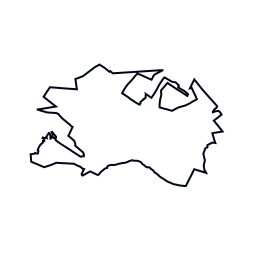 Osumacinta, Chiapas, Mexico, rotated 296°
{"feature_id": "50627088B17326140216089", "entity_name": "Osumacinta", "entity_type": "district", "adm_level": 2, "iso_a3": "MEX", "parent_name": "Mexico", "parent_adm1": "Chiapas", "projection": "equal_earth", "projection_center": [-93.085, 16.896], "detail": "fine", "context": "isolated", "style": "outline", "palette": "ink", "viewbox_px": 256, "rotation_deg": 296, "n_neighbors": 0, "source": "geoboundaries", "source_scale": "gbopen_adm2", "svg_char_len": 4971}
<svg xmlns="http://www.w3.org/2000/svg" viewBox="0 0 256 256"><g transform="rotate(296 128 128)"><path d="M195.5,134.2L170.5,90.4L171.3,87.2L170.4,86.7L171.8,80.4L172.5,74.6L168.1,71.5L155.0,64.9L152.6,62.7L149.7,60.0L149.0,59.2L144.2,62.5L142.2,63.8L140.4,65.1L138.5,60.4L137.0,56.6L135.7,53.4L134.1,49.3L132.1,44.2L130.4,40.0L127.1,39.5L123.3,39.0L119.0,38.5L118.4,41.4L116.8,48.6L115.7,53.8L109.5,45.1L106.8,41.2L105.4,39.1L104.6,38.1L104.9,39.2L105.1,40.1L105.3,41.2L105.4,42.3L105.6,43.1L105.7,43.9L106.0,45.3L106.2,46.7L106.7,49.0L107.9,51.9L108.4,52.9L109.2,55.1L109.9,56.8L110.1,58.2L110.1,59.0L109.2,61.2L108.5,63.0L107.6,65.4L106.9,68.6L106.7,69.3L106.3,70.6L105.9,72.8L105.3,74.8L104.8,76.2L104.7,77.7L100.4,77.8L99.0,77.8L98.4,77.8L96.7,77.9L94.8,77.8L94.7,78.3L94.6,78.5L94.1,81.1L93.0,84.9L92.9,85.3L91.2,87.2L90.3,87.8L89.0,88.2L86.3,98.6L85.5,99.3L84.3,100.4L84.0,100.5L83.2,100.7L82.6,99.3L81.4,98.1L82.6,87.9L82.8,86.7L83.0,85.2L83.2,83.5L83.3,82.6L83.4,81.7L83.6,80.2L83.9,77.9L84.0,76.8L84.0,76.0L84.2,74.9L84.3,74.2L84.4,73.9L84.5,72.6L84.6,72.1L84.8,71.2L84.9,70.6L85.4,68.6L85.4,68.4L85.5,68.1L86.8,67.7L87.6,67.5L88.6,67.2L91.2,61.5L91.0,61.2L89.5,62.8L87.2,63.6L86.6,67.0L86.4,65.6L86.7,64.5L86.4,64.0L84.6,63.0L86.9,61.6L88.8,60.1L88.9,59.1L86.1,58.6L84.9,58.7L84.3,58.6L83.3,59.4L83.1,58.0L82.4,57.8L82.1,55.6L81.9,55.6L81.5,55.6L81.6,56.5L81.4,57.1L80.9,57.4L79.7,58.5L79.3,58.1L79.0,58.0L78.9,57.2L77.4,57.9L74.6,56.6L71.7,56.3L68.5,56.5L68.0,57.6L65.7,58.1L65.4,58.1L65.0,57.0L64.9,56.8L64.9,56.0L64.9,55.5L64.0,55.2L61.7,52.0L56.8,54.9L55.3,55.8L55.3,56.6L55.5,60.3L55.6,61.8L56.0,69.4L56.0,69.8L60.7,74.7L65.3,78.8L66.9,82.7L67.6,84.4L68.4,86.2L68.7,86.8L69.5,88.7L70.1,90.3L70.6,91.3L71.0,92.4L71.4,93.3L72.1,94.8L72.1,95.4L72.1,97.7L72.1,99.4L72.2,100.7L72.2,102.8L71.5,105.0L71.8,106.5L66.2,106.5L65.4,107.4L65.4,108.1L72.4,113.0L72.5,121.5L74.0,122.4L75.6,122.5L76.6,123.0L77.2,123.1L78.1,123.5L79.4,124.2L80.2,124.5L81.1,124.9L82.2,125.8L82.9,126.7L83.5,126.6L84.0,126.4L85.0,126.5L86.0,127.3L86.9,128.5L87.7,129.4L88.2,131.0L89.9,133.4L91.3,134.8L92.9,136.9L93.9,138.0L94.9,139.9L96.0,141.1L97.2,142.4L98.8,143.6L100.9,145.9L101.2,147.8L102.2,149.7L102.8,151.3L102.9,152.7L103.0,153.7L102.9,154.8L102.0,156.6L101.8,157.6L101.7,158.9L101.2,160.2L101.0,161.6L101.1,162.7L101.7,163.5L101.9,164.3L102.0,165.0L101.2,166.7L101.2,168.0L100.9,169.1L100.4,170.3L99.7,171.4L99.6,172.1L99.6,173.6L99.2,174.6L99.0,175.9L98.5,177.0L98.1,178.6L98.1,179.3L98.0,179.9L97.9,180.9L97.8,181.9L97.7,183.3L97.6,184.4L97.2,185.5L97.3,187.1L97.1,188.0L97.4,189.6L97.4,191.7L97.5,193.0L97.6,194.1L98.2,196.0L98.9,199.1L99.6,201.4L100.0,202.2L100.4,203.6L100.6,204.2L100.9,204.7L101.2,205.4L114.4,205.6L120.0,205.6L120.2,207.0L121.1,212.8L121.9,217.9L122.9,216.6L122.9,215.8L127.2,212.6L132.6,211.3L137.9,207.0L143.6,206.4L145.5,207.8L147.4,206.9L151.8,210.1L152.8,213.1L154.3,211.5L157.3,208.8L158.4,207.8L160.3,206.1L160.8,206.8L161.6,207.9L166.3,214.5L169.8,207.3L172.2,201.9L178.3,204.9L179.6,205.5L180.7,206.1L181.2,206.2L182.3,204.2L182.9,202.9L183.0,201.9L182.3,200.6L181.2,199.2L179.4,197.4L180.1,197.1L182.4,197.5L184.1,198.2L184.9,198.6L185.6,198.7L186.0,198.8L186.7,198.6L188.3,194.7L194.8,178.8L200.7,166.3L190.7,166.3L191.1,166.8L192.0,167.7L191.7,168.0L190.9,169.0L190.4,169.6L188.0,172.5L187.3,173.5L185.3,175.9L185.0,176.2L184.1,177.3L182.8,176.5L182.3,176.1L182.0,175.9L181.0,175.1L180.7,175.0L179.9,174.4L178.8,173.7L177.2,172.7L176.8,172.4L175.4,171.3L174.5,170.6L173.0,169.3L171.8,167.9L171.1,167.1L168.5,164.2L167.1,163.2L162.8,160.1L162.2,157.2L161.9,155.2L161.5,153.2L160.9,150.2L160.7,149.1L160.6,148.3L160.4,147.4L163.1,146.0L166.1,145.0L166.3,144.8L171.9,143.5L172.9,143.1L174.5,142.2L176.2,141.2L177.3,141.5L177.8,141.7L178.8,141.9L179.3,142.0L180.3,142.3L181.4,142.6L182.2,142.8L182.7,142.9L183.4,143.1L183.9,143.3L184.6,143.4L185.2,143.6L185.8,143.8L185.6,145.0L185.1,148.5L185.0,149.2L184.7,151.9L184.4,153.5L184.3,154.3L184.2,155.3L184.1,155.9L184.0,156.8L184.0,157.2L183.9,158.1L183.9,158.3L183.9,158.6L183.9,159.1L183.8,159.4L183.8,159.7L183.8,160.0L183.4,162.6L183.3,163.6L182.8,167.2L184.6,167.2L185.3,165.2L186.0,162.4L186.2,158.7L186.4,156.6L186.4,155.3L188.2,154.8L188.3,154.9L188.4,155.1L188.5,155.0L188.7,154.6L189.8,151.2L189.8,150.2L189.4,149.1L189.2,148.5L189.1,148.0L188.8,147.3L189.0,145.4L189.2,142.3L189.4,139.9L189.4,138.5L186.9,137.9L180.4,137.1L174.6,136.9L171.3,136.7L165.4,135.8L165.8,133.0L166.0,132.1L166.4,129.1L165.9,129.5L165.1,129.5L163.0,130.6L161.7,130.0L161.1,129.4L160.6,129.6L160.0,129.2L156.8,127.8L156.7,127.8L155.7,128.4L154.2,128.3L154.0,128.0L154.1,126.5L154.2,124.7L155.2,116.6L155.5,115.6L155.7,115.0L156.7,107.5L161.5,107.7L165.6,108.3L167.2,108.7L168.1,108.9L171.1,109.9L172.5,110.3L173.5,110.6L178.2,111.7L180.4,112.3L181.0,112.4L181.3,116.2L181.5,123.0L181.6,125.6L181.7,128.0L184.0,128.1L186.4,128.0L188.2,128.8L195.5,134.2Z" fill="none" stroke="#020617" stroke-width="2"/></g></svg>